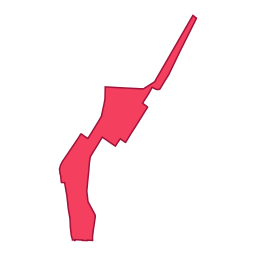 Al-Sharq, Bur Sa`id, Egypt (Natural Earth projection)
{"feature_id": "37247803B90790546702269", "entity_name": "Al-Sharq", "entity_type": "district", "adm_level": 2, "iso_a3": "EGY", "parent_name": "Egypt", "parent_adm1": "Bur Sa`id", "projection": "natural_earth1", "projection_center": [32.303, 31.263], "detail": "fine", "context": "isolated", "style": "filled", "palette": "rose", "viewbox_px": 256, "rotation_deg": 0, "n_neighbors": 0, "source": "geoboundaries", "source_scale": "gbopen_adm2", "svg_char_len": 1971}
<svg xmlns="http://www.w3.org/2000/svg" viewBox="0 0 256 256"><path d="M61.4,182.5L64.6,182.7L66.9,195.8L68.3,208.9L70.0,218.9L70.4,227.7L71.0,232.8L71.3,235.6L72.4,239.4L72.5,239.8L72.5,240.0L73.0,239.9L73.9,239.8L74.2,239.9L74.3,240.2L74.4,240.5L74.6,240.6L75.1,240.4L75.1,240.0L75.2,239.6L76.1,239.7L77.7,239.8L79.1,239.9L80.0,240.0L81.1,239.9L81.9,239.9L81.9,240.2L82.0,240.4L87.4,240.6L87.8,240.5L87.8,240.4L87.8,240.1L92.6,240.5L92.6,239.7L92.6,239.2L92.5,238.6L92.5,236.8L92.9,233.3L93.4,229.5L94.0,225.4L94.4,223.0L94.8,220.2L94.9,219.2L95.0,218.4L95.1,218.1L95.2,217.8L95.3,216.6L95.2,215.8L95.2,215.5L95.1,215.0L94.8,214.3L94.3,213.3L93.6,212.0L92.8,210.6L91.5,208.1L90.8,206.9L88.3,202.2L88.1,201.9L88.0,201.5L87.9,200.8L87.4,196.4L87.0,193.2L86.8,190.6L87.0,188.9L87.3,185.8L87.8,180.1L87.9,179.7L87.9,179.2L88.2,176.3L88.7,171.6L88.9,168.7L89.0,167.2L89.3,164.1L89.5,161.9L89.9,159.5L89.9,159.2L90.0,158.9L90.2,157.5L90.4,156.8L90.5,156.5L90.6,156.3L91.4,154.9L93.4,151.6L95.2,148.7L95.8,147.8L102.3,137.1L103.2,137.8L106.3,139.9L110.6,142.9L114.9,145.8L115.1,146.0L115.4,146.1L118.1,141.9L120.3,138.8L125.2,142.3L125.5,142.4L125.8,142.1L131.0,133.5L135.0,127.3L142.4,115.5L144.0,112.9L147.4,107.5L147.6,107.2L147.5,106.9L147.3,106.7L146.0,105.8L143.0,103.5L142.8,103.3L142.6,103.1L143.1,102.3L144.0,100.9L148.9,93.3L152.1,87.3L156.0,89.3L157.9,89.6L159.8,89.2L163.3,83.4L164.0,82.2L166.2,78.7L168.2,75.5L168.9,74.3L180.5,50.2L196.5,18.2L192.9,15.4L154.6,81.8L143.4,88.9L123.0,87.9L105.2,86.9L105.2,88.9L105.0,98.7L104.0,104.3L103.2,107.8L102.4,111.9L102.3,112.3L102.2,112.6L101.7,114.9L101.6,115.9L101.5,116.0L101.0,116.9L99.7,119.3L92.5,131.1L88.1,138.1L88.0,138.3L87.9,138.4L86.2,137.4L83.9,135.9L83.2,135.3L81.8,134.3L81.1,133.9L80.8,134.0L80.5,134.3L80.1,135.1L79.1,136.8L78.2,138.2L70.1,150.2L62.5,161.4L60.6,165.1L59.5,169.0L60.1,174.2L60.5,174.8L60.5,175.0L60.6,175.3L61.2,181.1L61.4,182.5Z" fill="#f43f5e" stroke="#9f1239" stroke-width="1.5"/></svg>